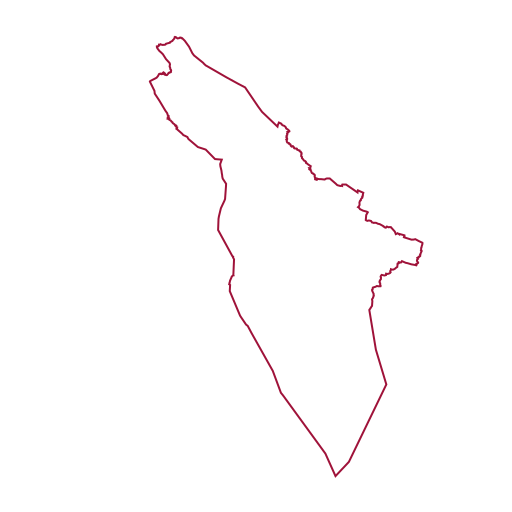 Løten nor, Hedmark, Norway (Equal Earth projection), rotated 201°
{"feature_id": "86288312B76423456121539", "entity_name": "Løten nor", "entity_type": "district", "adm_level": 2, "iso_a3": "NOR", "parent_name": "Norway", "parent_adm1": "Hedmark", "projection": "equal_earth", "projection_center": [11.462, 60.865], "detail": "fine", "context": "isolated", "style": "outline", "palette": "rose", "viewbox_px": 512, "rotation_deg": 201, "n_neighbors": 0, "source": "geoboundaries", "source_scale": "gbopen_adm2", "svg_char_len": 6101}
<svg xmlns="http://www.w3.org/2000/svg" viewBox="0 0 512 512"><g transform="rotate(201 256 256)"><path d="M180.9,135.6L120.4,96.4L102.9,79.0L95.5,97.1L88.3,182.8L110.5,211.5L130.8,246.1L130.9,246.5L130.5,247.6L130.5,248.2L130.2,249.0L130.1,250.1L129.8,251.0L131.2,255.6L132.1,257.0L132.1,257.6L131.8,258.4L131.9,259.5L131.7,260.2L132.0,260.9L131.9,261.4L132.3,261.8L132.5,262.7L135.2,265.3L135.2,265.9L135.5,266.2L135.2,266.9L135.6,267.9L135.5,268.5L133.4,270.1L132.4,271.3L130.8,271.6L128.9,272.4L128.9,272.7L129.2,273.1L129.9,273.9L130.2,274.9L130.4,275.2L131.1,275.5L131.5,276.2L131.5,277.1L131.4,277.3L131.6,277.6L131.1,279.1L131.6,280.7L132.2,281.2L132.3,281.5L132.2,282.5L131.9,283.4L129.2,283.8L127.9,284.7L127.8,284.8L128.2,286.1L126.7,286.4L125.2,287.6L124.7,288.3L124.5,289.1L125.3,289.9L125.2,290.9L125.0,291.4L125.2,292.0L124.2,292.0L123.0,292.5L121.9,293.6L121.0,295.3L120.2,296.4L120.8,298.8L121.0,299.0L121.1,299.6L120.5,300.0L120.2,300.3L120.6,300.9L120.6,301.4L118.4,301.8L118.1,302.4L117.9,303.5L113.8,303.3L112.1,303.6L108.0,303.9L104.5,304.6L102.2,304.8L103.0,305.1L103.7,305.6L103.5,306.2L102.9,306.6L102.2,307.6L102.3,308.0L104.0,309.1L104.3,310.6L103.8,311.3L104.7,312.1L104.3,312.5L103.6,312.9L103.5,313.2L103.8,313.7L102.8,314.5L102.7,314.9L103.0,315.4L103.0,316.0L103.3,316.1L103.1,320.0L104.0,320.2L104.2,321.5L104.7,322.7L104.6,323.6L104.8,324.4L104.9,326.6L105.2,327.7L105.4,328.0L109.4,328.3L113.3,328.8L114.6,327.9L116.6,327.0L124.5,326.5L125.5,326.6L124.7,326.8L124.4,327.2L124.4,327.6L124.8,328.5L129.8,328.0L129.8,327.5L132.0,328.0L132.6,327.2L133.3,326.5L135.1,328.5L140.5,331.3L140.9,331.0L141.6,330.9L142.6,330.3L144.4,330.4L144.8,329.6L144.9,329.0L145.5,328.8L147.4,329.2L147.4,329.4L147.6,329.5L152.0,330.1L153.6,329.8L155.7,330.0L157.1,329.6L157.8,329.1L158.9,329.1L159.7,328.9L161.1,329.9L161.5,329.9L162.9,329.7L163.8,329.4L164.4,328.8L165.5,328.7L166.4,328.9L167.8,333.8L167.3,336.9L168.4,337.1L172.3,336.7L175.6,337.0L177.2,338.0L178.2,338.2L177.7,339.3L177.6,340.8L178.6,343.0L178.7,344.6L178.1,345.5L178.4,346.0L178.3,347.1L177.6,348.6L177.9,349.6L178.0,349.6L177.9,350.0L178.0,350.0L178.5,353.5L184.4,353.8L184.4,353.1L184.0,351.7L197.6,355.0L201.0,353.7L201.1,352.7L200.8,352.2L201.5,352.1L202.3,351.6L205.0,351.3L205.9,351.4L207.2,352.0L214.9,354.8L217.6,353.8L218.8,352.8L219.1,352.2L219.3,352.0L222.7,351.1L224.3,350.5L225.6,350.2L226.7,350.2L226.6,349.6L226.4,349.1L226.5,348.9L228.3,348.8L228.5,349.5L228.8,349.9L228.9,350.5L229.5,350.8L229.9,351.5L229.9,352.2L230.4,352.9L231.0,353.1L231.6,353.0L231.8,353.3L232.2,353.5L233.5,353.5L234.1,353.9L234.9,355.0L236.1,355.7L236.1,356.2L237.3,356.1L237.4,356.7L237.6,356.9L236.7,357.0L237.0,357.9L237.0,358.5L237.1,358.9L237.4,359.3L237.3,359.5L239.9,360.1L241.0,360.4L241.4,360.7L242.5,360.7L243.1,361.3L243.1,361.7L243.2,361.9L244.4,362.3L245.5,362.3L246.9,363.3L248.0,363.7L248.1,364.0L248.4,364.4L248.5,364.9L249.5,365.3L249.7,365.5L249.8,366.4L250.2,367.2L250.0,367.6L250.3,368.0L250.3,368.4L250.8,368.6L251.6,369.4L252.3,369.3L253.1,369.6L253.3,369.8L253.3,370.1L253.5,370.1L254.6,370.0L255.7,370.0L256.2,370.8L256.6,370.9L258.1,370.3L259.0,370.3L259.4,371.0L261.0,371.8L261.7,371.4L261.8,370.9L262.0,370.9L263.1,371.4L263.4,371.7L263.5,372.2L264.0,372.6L265.3,372.6L265.3,373.0L265.6,373.2L266.5,373.2L267.0,373.1L267.6,373.2L268.7,374.5L268.7,375.4L269.4,375.7L268.9,376.6L269.2,377.0L269.5,377.1L270.2,377.7L270.2,378.0L270.0,378.3L270.4,378.5L270.5,378.9L270.6,379.4L270.2,380.3L270.3,380.7L270.9,381.3L270.9,381.5L270.6,381.8L270.6,382.2L270.4,382.7L271.1,383.1L270.9,383.3L270.0,383.8L269.5,384.3L269.5,384.5L270.1,384.9L271.6,385.5L273.6,385.9L273.9,386.4L274.4,386.9L276.1,387.6L278.1,387.6L279.2,388.0L279.7,388.6L282.3,388.8L282.5,388.8L282.5,388.6L282.4,387.8L282.6,386.6L282.3,384.5L302.0,392.7L307.6,396.3L326.6,409.5L334.4,410.4L347.6,412.2L369.7,415.7L371.2,415.9L373.9,417.0L374.1,417.2L374.8,417.5L385.7,421.0L388.1,422.5L393.5,427.4L399.6,431.4L403.0,432.9L403.4,432.6L404.5,433.0L405.2,432.4L405.6,432.4L405.9,431.8L407.2,431.0L407.9,431.1L408.5,431.4L409.4,431.6L410.2,431.5L410.4,431.1L410.1,430.3L410.5,428.7L411.0,427.7L411.1,426.9L412.9,424.8L412.8,424.3L412.9,424.2L416.1,421.9L416.2,421.7L416.2,421.2L416.7,420.6L418.8,419.6L420.2,419.4L421.1,419.5L421.5,419.0L421.6,418.6L422.3,418.5L422.1,417.3L422.3,416.8L422.6,416.5L423.4,416.4L423.7,416.2L423.4,415.5L423.0,415.0L422.3,414.4L419.7,412.8L417.5,412.0L415.2,411.0L410.5,407.5L406.4,405.5L405.6,405.0L404.9,403.9L404.9,403.2L404.6,402.6L404.5,401.8L403.8,401.3L402.8,399.6L402.1,399.3L401.7,398.8L401.6,398.0L401.3,397.4L401.5,397.0L402.3,396.6L402.4,396.1L403.1,395.8L403.1,395.5L403.3,395.3L403.4,394.5L403.9,393.1L404.1,392.9L404.7,392.7L406.0,392.6L406.2,392.9L406.0,393.4L406.1,393.5L407.0,394.0L408.2,394.3L408.6,393.5L407.9,393.0L408.0,392.5L410.7,392.0L410.8,391.9L410.6,391.7L411.2,391.6L411.7,391.2L412.0,388.9L412.7,386.8L417.3,381.6L417.6,381.1L417.6,380.8L410.0,373.8L408.7,371.3L401.6,366.2L392.7,359.2L390.1,357.5L388.8,355.8L387.7,355.4L387.7,355.2L387.9,355.0L387.5,354.6L388.0,353.9L387.2,353.5L386.5,353.5L386.3,353.4L386.4,353.2L387.2,352.8L387.4,352.5L386.9,352.5L385.6,352.1L384.1,351.9L383.7,351.6L383.0,351.3L382.9,351.1L381.9,350.9L381.6,350.4L380.9,350.1L379.4,349.8L378.8,349.3L377.8,349.3L377.0,349.1L376.8,348.7L377.3,348.3L376.0,347.6L375.6,347.7L375.5,347.3L375.9,346.8L375.9,346.5L375.5,346.6L375.3,346.1L368.8,343.7L367.1,342.8L366.1,342.8L362.7,342.5L361.3,341.2L360.4,340.8L349.3,336.9L342.1,337.3L341.0,337.3L329.0,331.8L322.5,333.7L322.4,329.0L321.4,327.0L318.9,323.4L317.6,321.0L316.6,319.4L316.0,318.1L314.8,316.3L309.8,312.7L309.0,310.3L305.3,298.1L305.3,296.2L305.9,288.0L304.8,279.6L304.3,277.2L300.7,266.7L278.0,247.4L277.1,247.2L277.0,246.5L275.3,245.0L270.4,230.3L270.1,229.9L270.5,229.7L270.8,229.1L271.3,228.0L271.2,227.6L271.4,223.7L271.0,221.3L271.1,221.1L270.8,220.6L270.9,220.3L270.9,220.0L269.8,219.7L267.9,213.8L249.6,194.7L248.3,193.7L240.7,188.4L238.7,187.8L232.6,182.5L199.1,154.7L183.7,137.2L180.9,135.6Z" fill="none" stroke="#9f1239" stroke-width="2"/></g></svg>